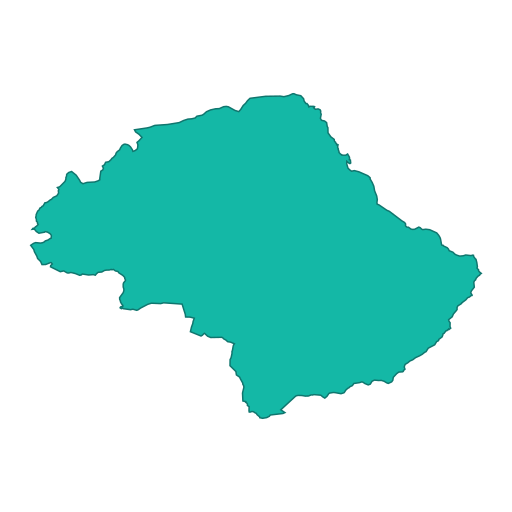 Certeju De Sus, Hunedoara, Romania
{"feature_id": "2599482B85822746413379", "entity_name": "Certeju De Sus", "entity_type": "district", "adm_level": 2, "iso_a3": "ROU", "parent_name": "Romania", "parent_adm1": "Hunedoara", "projection": "robinson", "projection_center": [22.992, 45.969], "detail": "fine", "context": "isolated", "style": "filled", "palette": "teal", "viewbox_px": 512, "rotation_deg": 0, "n_neighbors": 0, "source": "geoboundaries", "source_scale": "gbopen_adm2", "svg_char_len": 6026}
<svg xmlns="http://www.w3.org/2000/svg" viewBox="0 0 512 512"><path d="M481.3,273.4L479.1,271.6L478.5,270.5L478.6,269.9L477.0,268.1L477.4,266.7L476.8,262.5L476.1,259.8L476.0,259.3L475.6,259.2L474.0,257.0L473.6,256.4L473.5,255.3L472.8,255.1L471.0,255.6L465.7,255.0L463.2,255.8L459.7,256.1L456.4,255.0L454.8,254.1L452.9,252.2L449.2,250.7L448.4,249.0L447.2,247.7L443.4,245.9L443.1,245.3L441.9,245.2L441.5,244.3L440.5,238.9L440.0,237.5L438.7,235.3L436.7,232.9L429.7,229.7L425.8,229.2L422.8,229.6L421.7,229.2L420.2,227.7L418.8,227.1L414.6,229.3L412.4,229.4L411.0,229.1L408.4,227.2L407.1,227.2L406.2,226.6L405.5,225.7L405.6,224.0L404.6,222.5L401.8,220.8L389.3,211.3L386.9,210.3L379.0,204.9L377.2,204.2L376.9,202.6L377.3,199.6L376.7,196.0L374.6,190.8L373.8,186.2L372.2,182.5L370.2,179.1L370.1,177.7L367.8,175.7L358.9,171.8L354.3,170.6L351.6,171.2L350.0,170.1L348.0,168.2L346.7,163.8L346.8,161.3L349.0,163.2L349.9,163.6L350.7,163.0L350.4,160.0L349.3,159.6L349.6,158.4L349.4,157.1L347.6,154.0L345.7,155.2L342.5,155.2L341.9,154.8L341.7,155.0L340.0,153.6L339.0,152.4L339.0,151.6L338.1,149.1L338.3,148.9L337.6,147.2L338.0,144.8L336.7,144.8L336.8,144.0L336.0,143.4L335.5,142.1L334.8,141.7L334.4,140.9L334.2,139.4L330.8,136.8L328.0,132.8L327.9,127.7L327.2,126.4L326.6,122.6L324.6,121.0L321.5,120.3L320.4,118.4L321.2,114.2L320.6,112.9L320.7,111.0L320.1,109.8L318.1,108.9L315.4,109.3L313.7,107.8L314.6,106.8L314.0,106.4L310.0,106.3L308.9,106.9L308.3,105.2L306.9,103.5L306.0,103.6L305.7,103.3L304.1,101.0L303.6,98.7L300.8,95.7L296.4,94.8L293.9,93.7L292.5,93.8L288.9,95.5L283.9,96.7L280.2,96.1L265.6,96.3L250.0,98.3L247.5,100.7L245.6,103.3L243.2,105.5L240.6,109.6L238.8,111.6L235.1,110.5L228.4,106.8L226.3,106.4L223.6,106.7L219.3,108.6L215.5,108.8L210.6,109.9L206.5,111.7L203.7,114.2L202.1,115.2L196.9,116.2L195.1,118.0L191.7,118.8L187.9,119.1L183.6,120.5L179.2,122.6L167.5,124.5L154.8,125.4L150.1,127.2L147.2,127.9L134.5,129.8L135.6,131.9L139.0,134.3L142.0,137.4L138.8,140.9L137.0,142.4L137.9,144.8L137.6,147.8L137.3,148.9L135.1,150.6L132.9,151.4L132.4,149.8L130.5,146.9L128.9,145.4L127.6,144.7L125.0,144.1L123.9,144.3L122.1,145.5L120.5,147.9L119.6,149.9L117.3,151.6L116.1,153.1L115.6,154.9L113.3,157.5L112.0,158.3L110.9,159.8L108.8,161.7L105.6,162.3L104.5,164.7L102.4,166.1L103.4,168.1L102.8,169.9L100.8,171.2L99.8,178.3L99.8,179.8L97.9,180.9L94.6,182.0L87.1,182.4L83.0,183.7L80.6,182.3L79.7,180.4L76.2,175.2L71.6,171.5L68.7,172.5L66.9,174.1L66.6,174.8L66.6,175.9L65.9,177.6L65.9,179.1L65.0,181.4L60.1,186.4L59.2,187.0L57.4,187.5L58.9,189.4L58.3,190.8L58.6,193.1L56.8,195.8L53.3,197.4L51.3,199.5L50.5,199.7L47.8,201.9L46.3,202.6L44.9,202.8L43.2,205.8L42.0,206.4L41.4,207.3L39.9,208.1L39.1,209.9L37.7,211.1L36.2,214.5L36.1,216.0L35.7,217.3L36.4,219.5L36.4,221.1L37.5,222.2L37.4,223.0L38.1,224.6L36.5,226.2L35.4,226.9L34.5,228.1L33.0,228.3L32.2,229.3L33.9,229.1L34.7,229.5L36.3,231.5L38.9,233.2L44.5,232.2L45.1,231.6L47.5,232.1L50.1,233.7L51.0,234.8L51.4,235.8L51.1,238.3L50.2,238.5L48.0,240.0L45.3,240.9L44.1,242.0L42.6,242.7L40.5,243.1L35.6,242.6L33.5,243.4L30.7,245.3L33.8,249.5L34.4,251.7L36.9,256.3L37.6,258.5L40.6,261.5L42.0,264.6L45.6,264.5L50.5,262.6L51.2,262.6L52.3,264.0L50.7,265.5L50.5,266.8L60.3,271.7L63.7,270.9L67.2,272.9L68.7,273.0L70.8,272.5L72.0,272.7L75.5,273.6L79.7,275.3L81.4,274.9L82.3,274.0L88.6,275.0L93.4,274.6L95.3,275.2L96.5,273.7L98.2,272.3L101.8,272.0L104.4,270.5L106.3,270.1L109.4,270.0L111.2,269.4L111.9,269.8L113.4,269.4L115.4,270.9L118.0,271.5L118.8,272.8L122.7,275.3L123.8,276.4L124.7,277.5L124.8,278.6L125.5,280.0L125.4,280.6L123.6,282.8L123.2,284.1L123.2,287.0L123.8,288.9L123.9,290.3L123.3,292.5L119.6,297.6L119.7,299.5L120.5,301.0L120.4,301.7L121.6,303.9L122.7,305.2L122.5,305.7L122.9,306.0L122.7,306.5L120.6,306.9L120.1,307.8L121.4,308.7L122.5,308.2L123.4,308.7L130.5,309.7L132.9,309.2L136.7,310.3L138.1,309.8L140.7,308.0L147.8,304.3L151.4,303.2L160.7,303.6L163.6,302.8L182.1,304.1L185.3,314.4L185.6,317.0L190.1,317.1L194.3,318.2L193.1,321.5L192.8,323.5L191.5,327.0L190.4,331.7L201.0,336.0L202.4,335.2L203.8,333.7L204.5,333.3L207.6,336.2L210.7,337.5L221.7,337.3L222.6,337.7L223.9,339.0L225.7,339.9L227.7,341.7L230.5,342.1L234.4,343.8L233.5,345.1L233.2,346.1L232.4,350.6L232.0,351.3L232.0,353.5L231.1,357.6L230.1,359.6L230.0,365.7L235.9,371.5L236.4,374.9L239.7,377.2L240.2,378.5L242.7,383.0L242.9,384.5L243.6,385.5L243.9,387.2L242.5,393.1L242.9,401.0L245.8,401.6L245.6,402.2L247.0,403.3L247.4,403.9L247.4,405.5L249.1,406.6L249.0,410.8L249.2,412.0L250.1,412.1L251.9,411.5L253.6,411.7L254.3,412.4L256.3,413.4L257.1,414.7L259.6,416.8L259.8,417.7L262.6,418.3L266.7,417.6L269.3,416.3L270.3,415.0L282.9,413.5L284.9,412.6L280.8,409.8L295.1,396.6L296.4,395.7L298.3,395.4L301.9,395.5L305.3,396.1L308.5,396.0L311.1,394.9L312.6,395.0L313.9,394.6L317.4,394.9L320.8,395.2L322.8,396.9L324.8,398.1L326.9,396.4L328.8,393.6L329.6,393.1L333.2,392.5L335.0,392.6L341.0,393.7L343.9,392.8L344.4,392.3L345.8,390.1L347.9,388.2L348.9,387.8L349.8,386.8L352.4,385.6L353.8,383.5L359.7,382.6L361.8,381.9L362.9,382.2L364.8,383.5L368.2,384.9L370.3,384.1L372.0,381.3L374.4,380.1L378.7,380.5L381.3,380.4L384.0,381.2L386.8,382.9L388.3,383.4L391.6,381.9L392.8,380.3L393.3,377.3L396.7,373.6L398.8,372.1L402.7,371.8L403.4,371.2L403.5,370.4L404.9,369.4L404.9,368.9L404.2,367.0L405.1,364.4L407.9,362.7L409.9,361.0L412.7,359.8L415.6,357.6L419.4,355.9L422.2,354.3L424.7,352.3L426.1,351.6L428.2,348.2L434.7,344.8L436.6,341.6L438.3,340.8L438.6,340.5L438.7,339.5L442.1,336.9L442.7,335.4L443.0,333.9L444.1,333.3L445.9,330.9L447.0,330.6L447.6,329.8L448.6,329.7L448.7,329.1L449.1,329.4L450.7,328.2L450.0,326.5L450.1,322.7L449.1,321.4L448.6,319.7L452.2,316.8L453.4,314.0L456.5,310.4L457.1,309.4L457.0,307.6L457.8,305.9L461.0,303.9L461.6,303.4L461.6,303.0L465.9,299.8L467.6,297.7L469.5,297.0L471.1,295.6L472.0,295.5L472.1,295.3L471.6,295.1L471.8,294.5L470.7,292.9L471.4,290.9L474.3,287.2L473.8,282.5L474.1,281.4L474.9,280.3L475.5,280.0L476.2,278.2L478.0,276.2L479.7,275.1L479.9,274.4L481.3,273.4Z" fill="#14b8a6" stroke="#0f766e" stroke-width="1.5"/></svg>